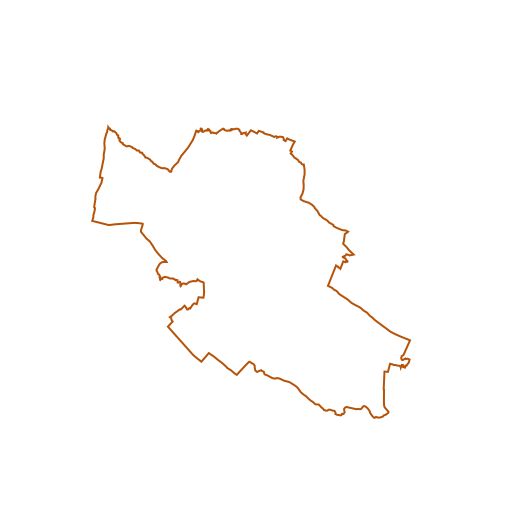 Lelesti, Gorj, Romania, rotated 119°
{"feature_id": "2599482B29028980052546", "entity_name": "Lelesti", "entity_type": "district", "adm_level": 2, "iso_a3": "ROU", "parent_name": "Romania", "parent_adm1": "Gorj", "projection": "orthographic", "projection_center": [23.201, 45.094], "detail": "fine", "context": "isolated", "style": "outline", "palette": "amber", "viewbox_px": 512, "rotation_deg": 119, "n_neighbors": 0, "source": "geoboundaries", "source_scale": "gbopen_adm2", "svg_char_len": 6102}
<svg xmlns="http://www.w3.org/2000/svg" viewBox="0 0 512 512"><g transform="rotate(119 256 256)"><path d="M263.1,430.6L262.3,428.8L262.3,428.0L266.9,426.7L273.9,426.3L278.4,426.4L281.7,425.4L283.9,424.1L291.6,421.3L291.9,421.1L292.1,420.2L292.4,419.9L296.3,418.6L299.0,418.1L300.6,417.2L304.7,416.2L300.3,399.7L296.8,394.9L286.2,378.8L284.2,374.7L282.7,370.8L283.8,370.2L288.9,369.2L290.1,368.7L290.7,368.1L293.9,360.1L294.7,356.1L296.9,351.7L299.8,346.7L301.5,342.5L303.3,337.0L304.0,332.3L304.6,331.3L306.6,334.8L308.5,336.1L310.4,336.5L316.0,336.4L316.8,336.1L317.7,334.7L319.2,333.0L319.3,332.4L319.2,331.7L319.9,330.9L320.3,330.1L320.8,329.6L321.4,330.0L322.2,329.1L323.4,328.3L323.4,328.1L321.9,328.2L322.0,327.5L321.5,326.8L320.3,327.1L318.5,325.7L317.5,322.6L317.5,320.7L316.4,318.3L315.8,317.7L316.0,316.8L315.8,315.3L316.2,314.7L315.6,314.1L315.2,313.0L317.2,311.7L317.0,311.1L315.5,310.2L315.5,309.8L316.3,308.9L318.6,307.9L318.9,307.3L316.8,307.3L315.4,306.5L314.6,304.7L314.8,303.9L314.5,303.3L311.0,301.7L308.2,298.6L307.7,297.1L306.4,295.7L304.8,295.9L305.2,292.6L304.6,289.8L304.6,288.9L312.6,284.0L315.0,282.8L318.0,281.8L319.9,286.2L326.9,284.5L327.2,286.8L327.8,287.3L329.5,287.8L333.8,288.1L333.9,289.1L335.8,289.6L336.2,290.4L334.6,292.9L334.1,294.4L338.8,295.7L339.3,295.9L339.4,296.6L340.0,296.9L345.7,299.6L349.0,300.6L351.2,301.7L351.6,299.9L352.9,298.8L353.7,297.1L360.5,298.8L373.0,263.1L373.9,258.9L374.9,252.5L363.8,250.2L364.4,243.7L365.3,238.9L366.0,233.8L367.1,229.0L367.9,226.6L368.1,222.5L369.0,218.0L369.3,215.2L357.3,212.3L352.0,210.8L351.6,210.3L351.8,207.5L351.7,205.9L352.5,204.0L353.7,203.4L356.4,201.2L356.9,199.0L356.8,198.7L355.2,197.7L353.4,196.1L353.7,195.3L353.4,193.1L354.9,191.7L355.3,190.9L354.9,187.9L354.9,182.5L353.9,179.6L352.7,178.7L352.2,177.4L351.8,176.1L351.4,170.8L350.1,165.8L350.4,159.5L350.7,157.1L351.4,154.9L353.5,150.6L354.2,146.6L354.4,144.1L355.4,140.8L356.0,137.7L356.0,135.9L356.9,132.3L355.5,128.9L356.7,125.4L356.9,123.7L357.8,121.7L357.4,120.9L357.4,119.9L357.0,119.0L355.1,117.8L354.8,117.4L354.3,115.7L354.1,113.9L353.6,113.0L353.5,112.3L353.6,111.7L354.4,110.6L355.7,110.0L355.6,108.2L354.3,104.6L353.6,104.1L352.4,104.3L351.8,103.0L351.3,102.8L349.8,102.7L347.2,104.8L345.5,104.6L344.2,103.7L341.3,93.8L340.4,92.8L339.5,90.6L338.5,89.8L335.7,89.4L334.8,88.7L334.6,87.1L335.2,84.1L336.1,82.6L336.8,81.0L337.7,80.4L338.9,78.2L340.0,75.4L340.2,74.0L339.9,73.7L338.5,73.0L338.5,71.8L337.6,69.9L336.7,68.7L334.8,67.2L333.4,66.9L332.0,65.6L329.3,64.4L328.6,64.3L327.9,64.8L326.3,69.3L325.7,70.5L324.6,71.5L321.4,73.5L310.9,79.2L310.9,79.6L294.8,87.6L293.3,84.4L285.3,86.5L284.5,83.6L284.5,82.6L283.8,81.4L283.6,80.3L282.5,77.2L282.6,76.0L283.4,75.3L280.6,75.7L280.2,74.6L280.7,74.3L280.5,73.8L281.8,73.4L281.4,71.6L279.1,71.8L278.7,71.1L277.9,71.2L275.0,70.7L272.1,71.5L272.4,73.9L273.5,74.9L273.3,75.8L275.5,76.9L276.1,77.7L275.4,79.1L275.0,79.5L272.9,80.0L271.1,79.0L255.1,80.4L256.4,91.0L256.9,96.8L257.0,101.6L254.4,121.1L253.6,123.9L253.0,127.7L251.7,131.4L251.6,135.3L250.7,139.1L250.6,140.6L250.8,146.6L250.7,149.9L249.6,154.7L249.0,164.1L248.6,166.0L248.0,166.8L247.5,169.3L247.7,171.1L247.0,173.8L247.2,178.6L225.5,181.4L225.7,179.8L225.5,179.1L226.1,178.3L225.9,177.4L226.3,176.0L218.4,177.1L218.1,174.8L217.3,174.7L217.0,173.5L216.6,173.3L216.2,173.4L215.9,174.9L214.8,176.6L215.0,179.3L214.6,179.7L212.2,177.9L210.7,177.8L210.3,176.3L210.1,174.4L207.4,171.3L205.8,177.5L204.1,181.7L203.1,185.6L202.8,185.8L200.5,186.3L193.9,188.9L193.4,188.9L191.6,187.8L190.1,187.3L190.2,190.0L191.3,192.4L191.7,194.2L192.3,199.3L192.3,202.0L192.2,202.7L191.3,203.5L191.3,208.3L190.5,210.7L190.3,212.8L190.3,216.2L189.5,218.3L189.4,220.0L186.8,224.3L185.7,227.6L184.9,228.7L184.1,231.5L183.8,235.3L184.9,241.0L184.9,244.3L183.3,245.5L179.0,245.6L174.9,246.6L170.8,248.7L167.4,251.0L161.0,253.1L156.7,255.5L152.8,258.6L153.4,259.6L153.5,260.4L152.5,262.1L152.8,263.7L151.5,266.1L151.6,267.3L151.3,268.6L151.4,269.8L149.9,273.3L149.6,275.3L147.2,275.2L147.2,277.1L140.7,277.7L137.1,277.6L138.0,283.6L138.0,285.7L141.2,285.9L141.2,288.0L140.0,288.5L138.9,290.2L140.1,293.1L142.1,294.7L141.4,294.9L141.4,295.9L141.9,297.0L143.0,297.5L143.4,302.5L144.4,305.8L144.8,308.2L144.7,309.2L144.3,309.4L145.2,314.2L148.3,314.5L148.5,321.4L155.1,322.4L154.4,324.1L153.0,324.8L153.8,325.5L154.5,326.7L156.1,327.3L156.5,328.0L155.8,328.4L154.9,329.9L154.6,331.1L153.8,331.6L153.5,332.6L153.6,333.6L154.4,335.3L155.6,336.3L156.3,337.8L156.7,338.1L156.6,338.6L156.8,339.1L157.4,339.4L157.7,338.4L158.1,338.6L159.2,339.8L159.4,340.8L160.5,341.9L161.0,344.0L161.0,345.1L160.4,345.8L160.6,346.6L165.4,349.1L166.3,349.2L167.3,350.0L168.2,350.1L168.1,350.7L168.9,352.6L168.9,353.8L170.3,354.9L169.6,356.0L168.8,356.4L168.7,356.9L169.1,357.8L169.1,358.3L168.2,358.4L168.1,359.5L169.1,359.9L170.3,359.8L170.9,361.3L172.8,362.2L173.4,363.0L173.2,363.7L171.7,364.2L171.2,364.9L171.0,365.4L171.4,366.1L173.0,365.3L174.3,366.3L175.6,366.4L175.6,367.0L175.1,367.9L175.3,369.0L181.6,367.9L185.3,367.5L194.5,368.0L204.7,369.9L209.8,369.9L211.6,369.6L216.4,371.2L219.9,371.7L221.7,371.6L223.1,371.1L223.7,371.3L224.0,372.5L223.5,374.0L223.0,374.9L222.9,375.4L223.5,378.8L224.3,379.6L224.5,380.4L225.0,381.3L225.0,382.4L225.3,384.3L225.1,386.1L225.3,386.7L224.7,388.0L224.7,389.6L224.9,390.4L224.2,391.5L224.1,392.0L223.8,392.6L223.8,393.9L223.0,395.4L222.9,398.7L223.5,400.5L222.9,401.0L222.8,401.7L222.1,402.8L221.7,404.8L220.9,405.5L221.7,407.7L220.9,408.8L220.5,409.7L221.5,411.1L221.0,413.4L221.1,415.1L221.4,416.1L220.9,416.9L221.0,418.7L221.1,419.7L221.6,420.8L222.8,422.2L222.9,423.2L222.7,426.7L221.9,427.2L222.1,429.3L221.3,431.3L219.5,431.7L219.2,432.4L219.7,432.9L219.7,433.3L218.3,434.5L217.6,434.7L217.3,435.3L217.4,436.2L216.3,437.6L215.6,440.2L216.4,441.3L216.0,441.8L216.2,442.4L216.1,443.6L216.4,444.6L215.5,445.3L215.4,445.6L215.7,446.1L214.9,447.7L216.0,447.2L218.3,447.0L219.3,446.4L221.8,446.2L227.7,444.7L230.9,443.3L235.5,440.3L241.2,438.3L244.2,436.6L254.5,433.3L257.6,432.7L263.1,430.6Z" fill="none" stroke="#b45309" stroke-width="2"/></g></svg>